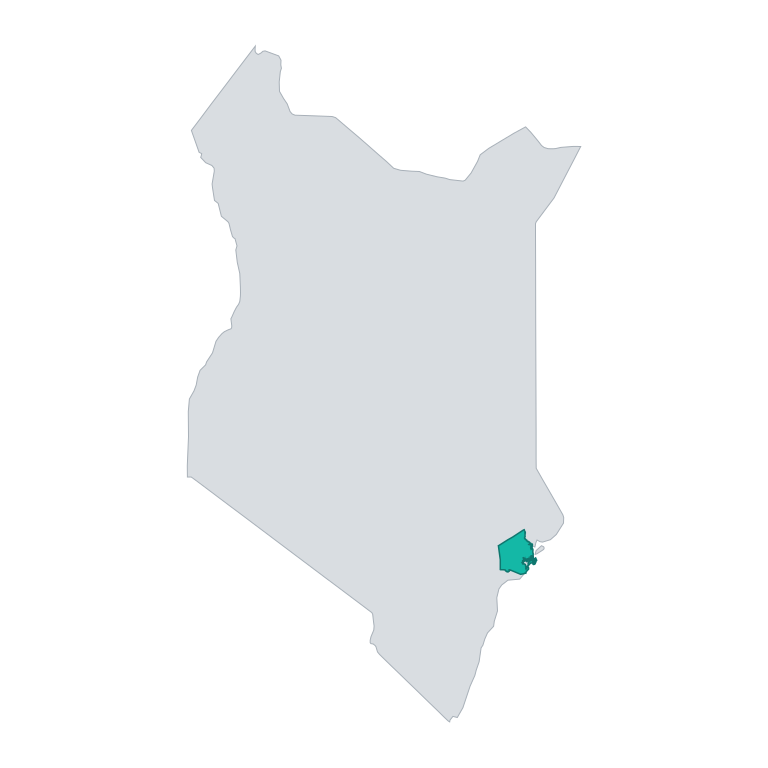 Lamu West, Coast, Kenya (highlighted)
{"feature_id": "3690345B28138832354018", "entity_name": "Lamu West", "entity_type": "district", "adm_level": 2, "iso_a3": "KEN", "parent_name": "Kenya", "parent_adm1": "Coast", "projection": "equal_earth", "projection_center": [40.664, -2.131], "detail": "fine", "context": "in_parent", "style": "filled", "palette": "teal", "viewbox_px": 768, "rotation_deg": 0, "n_neighbors": 0, "source": "geoboundaries", "source_scale": "gbopen_adm2", "svg_char_len": 8319}
<svg xmlns="http://www.w3.org/2000/svg" viewBox="0 0 768 768"><path d="M187.4,477.0L187.3,465.7L188.5,436.9L188.3,411.6L189.4,399.0L194.0,390.9L196.2,385.1L197.7,377.0L200.1,370.3L205.6,364.9L206.6,361.9L212.5,352.9L216.0,341.3L218.6,337.4L221.9,333.7L224.2,331.8L228.0,329.9L231.0,328.8L231.6,327.9L231.8,326.0L230.9,318.8L232.1,316.4L234.2,311.6L236.5,307.2L238.6,304.3L239.8,301.4L240.4,296.3L240.5,292.7L240.4,286.9L239.8,273.6L237.3,262.4L235.8,250.0L237.0,245.9L235.0,238.6L234.1,238.2L232.5,236.6L230.5,229.7L229.0,223.4L228.0,221.8L221.4,216.3L218.2,203.4L214.5,200.5L212.5,187.6L212.1,184.0L214.3,171.1L214.1,168.2L211.9,165.5L205.7,162.7L200.7,157.4L201.3,155.6L201.7,153.6L199.1,152.3L191.4,130.4L201.4,117.2L211.4,103.8L224.2,87.0L236.0,71.4L246.2,58.0L255.3,46.1L255.1,48.4L255.1,51.4L256.2,53.2L258.1,54.5L260.7,53.2L262.9,51.3L265.1,50.9L278.7,55.9L281.0,60.2L280.8,64.9L281.4,68.3L280.3,71.7L279.2,82.0L279.5,91.4L283.5,98.4L287.2,103.9L290.1,111.6L292.2,114.0L295.1,115.2L304.5,115.5L318.3,116.0L331.6,116.5L332.8,116.7L335.7,117.7L347.9,128.1L359.1,137.6L368.6,145.9L377.8,154.0L386.8,161.8L393.7,168.3L400.6,170.3L411.7,171.2L419.4,171.5L426.5,174.2L437.1,176.8L445.0,178.1L449.8,179.6L463.1,181.1L465.2,180.2L471.1,173.0L477.6,161.3L480.2,154.8L488.7,148.4L503.5,139.5L514.0,133.2L525.6,126.9L530.9,132.4L538.2,141.2L541.5,145.5L544.1,147.5L548.1,148.7L552.9,148.8L555.5,148.6L560.9,147.4L573.5,146.4L580.7,146.5L574.7,158.2L567.4,172.2L554.0,198.0L543.9,211.5L536.2,221.8L535.5,223.6L535.5,235.1L535.6,263.0L535.7,319.0L535.9,375.0L536.1,430.9L536.1,458.9L536.2,468.3L542.9,480.1L549.5,491.5L558.3,506.8L562.9,514.9L563.7,517.6L563.5,523.1L556.3,534.5L550.4,539.7L542.5,542.1L540.1,541.7L537.0,540.0L535.8,542.8L534.9,547.0L533.1,546.1L531.8,544.9L532.6,552.4L533.4,556.2L532.2,561.2L528.4,565.6L528.0,569.3L519.7,579.1L507.9,580.2L501.7,585.0L498.9,589.0L496.8,597.7L497.5,610.9L494.3,621.2L493.6,626.3L487.5,632.9L484.8,639.0L482.9,645.2L481.1,647.9L479.1,661.8L476.2,670.2L475.5,673.0L474.8,675.6L472.6,680.5L471.1,683.9L470.1,686.1L462.9,707.7L457.3,717.5L452.9,716.4L450.0,720.1L449.7,721.9L448.1,720.9L444.4,717.4L436.9,710.0L429.3,702.7L421.8,695.4L414.2,688.0L406.6,680.7L399.1,673.4L391.5,666.1L383.9,658.7L379.5,654.4L377.5,651.9L376.0,646.8L375.2,645.6L373.2,644.0L370.9,643.6L370.2,642.7L370.2,640.2L371.0,636.7L373.8,630.0L374.1,626.0L373.5,621.5L372.7,614.3L371.9,612.7L366.9,608.9L356.4,601.0L345.9,593.1L335.4,585.2L324.8,577.3L314.3,569.4L303.8,561.5L293.3,553.6L282.8,545.7L272.3,537.8L261.8,529.9L251.3,522.0L240.8,514.1L230.2,506.2L219.7,498.3L209.2,490.4L198.7,482.5L194.8,479.6L191.2,477.0L187.4,477.0ZM536.9,553.8L535.1,554.4L536.1,550.6L541.5,545.7L543.7,546.8L544.1,547.9L544.0,548.9L543.0,549.9L536.9,553.8Z" fill="#d9dde1" stroke="#a8b0b8" stroke-width="1"/><path d="M524.2,573.6L524.4,573.4L524.8,573.3L524.9,573.2L525.4,573.2L525.8,573.3L525.9,573.1L526.0,572.3L526.4,571.5L527.9,569.8L528.4,569.4L528.6,569.1L528.6,568.2L528.5,567.5L528.3,567.2L528.2,567.0L527.7,566.9L527.3,566.5L527.2,566.3L527.1,566.1L526.9,566.2L526.8,566.3L526.9,567.1L526.8,567.4L526.8,567.9L526.4,568.8L526.2,568.8L526.0,568.7L525.9,568.9L525.8,568.7L526.3,568.3L525.9,568.3L525.8,568.0L526.0,567.9L526.3,567.6L526.2,567.3L526.3,567.2L526.1,567.3L526.0,567.1L526.1,566.8L526.0,566.6L525.7,566.6L525.6,566.4L525.7,566.2L525.4,565.2L525.4,564.5L524.3,564.0L523.8,563.6L523.7,563.8L523.8,564.0L523.6,564.0L523.3,563.9L523.1,563.9L523.0,563.7L522.8,563.9L522.6,563.7L522.7,563.1L522.7,562.9L522.2,562.8L522.0,562.6L522.5,562.1L522.9,562.2L523.0,562.3L522.8,561.5L523.1,561.4L523.3,561.7L523.5,561.8L523.8,561.6L524.2,561.4L524.4,561.1L524.2,560.5L523.8,561.0L523.6,561.0L523.5,560.8L523.2,560.7L522.9,560.8L522.7,560.7L522.8,560.5L523.3,560.5L523.5,560.3L523.6,560.0L523.8,559.4L523.7,559.1L523.6,558.8L523.2,558.0L523.2,557.8L523.4,557.8L523.6,558.4L523.7,558.5L523.8,558.3L523.9,558.5L524.0,559.2L524.5,559.6L524.7,558.9L524.8,558.7L524.9,559.3L524.9,559.8L525.0,559.8L525.1,560.0L525.5,560.2L525.6,559.7L525.8,559.6L525.9,559.4L526.0,559.6L526.0,559.9L526.2,560.0L526.2,559.7L526.3,559.7L526.4,560.0L526.4,560.6L526.6,560.7L527.3,559.6L527.1,559.2L526.9,559.2L527.0,559.0L527.2,558.8L527.4,558.8L527.4,559.1L527.6,559.1L528.2,558.6L528.6,558.6L528.8,558.4L529.3,558.7L529.3,558.9L529.0,559.2L528.9,559.5L529.1,559.4L529.4,559.1L529.9,558.8L530.1,558.9L530.3,559.0L530.7,558.9L530.4,558.8L530.6,558.4L530.7,558.2L530.9,558.3L531.2,558.1L530.8,557.9L530.3,557.4L530.8,557.4L531.3,557.5L531.2,556.8L530.8,556.7L531.3,556.4L531.5,556.0L531.4,555.8L531.6,555.8L531.7,556.5L531.7,556.8L531.9,556.6L532.1,556.8L532.2,556.6L532.4,556.8L532.4,557.1L532.4,557.3L532.5,557.5L533.2,558.0L533.4,558.1L533.6,558.0L533.3,557.5L533.2,556.0L533.1,555.5L533.1,555.0L533.1,554.6L533.2,553.9L533.1,553.7L533.1,553.3L532.9,552.8L532.9,552.3L532.8,551.9L532.9,550.5L532.9,549.4L532.5,548.6L532.2,548.8L532.3,548.2L532.1,548.1L531.7,548.1L531.5,548.4L531.3,548.4L531.2,548.2L531.3,548.1L531.5,548.0L531.6,547.7L530.9,548.1L530.8,548.4L530.7,548.1L530.1,548.2L530.6,547.9L531.0,547.6L531.3,547.0L531.6,547.0L531.9,547.5L532.0,547.2L531.8,547.0L531.8,546.7L531.5,546.7L531.4,546.5L531.0,546.4L531.1,546.2L531.3,546.1L531.4,545.6L531.6,545.7L531.9,546.1L532.2,546.4L532.3,546.2L532.3,545.9L532.3,545.2L532.4,544.4L532.2,544.0L531.9,544.0L531.8,544.3L531.6,544.3L531.4,544.5L531.2,544.5L531.0,544.3L530.8,544.2L530.6,544.3L530.5,544.7L530.3,544.8L530.2,544.6L529.8,544.4L529.4,544.6L529.0,544.6L528.8,544.5L529.0,544.3L529.3,544.3L529.5,544.2L530.3,544.0L530.6,543.7L530.8,543.8L531.0,543.7L530.8,543.3L530.5,543.3L530.0,542.8L529.8,542.7L529.7,542.7L529.6,542.3L529.1,541.9L528.8,541.9L528.7,542.0L528.0,541.7L527.7,541.6L527.9,541.3L527.4,541.1L527.1,540.9L526.8,540.6L526.8,540.4L526.6,540.4L526.6,540.1L526.4,540.0L526.3,539.9L525.4,539.4L525.4,539.0L525.1,539.0L525.0,538.9L524.8,538.5L524.6,538.4L524.6,538.1L524.8,537.7L524.6,537.3L524.6,537.1L525.0,536.7L525.2,536.2L525.0,535.6L524.9,535.1L525.1,534.5L525.1,534.2L525.0,533.9L525.1,533.6L524.9,533.2L525.0,533.0L524.9,532.8L524.9,532.5L525.1,532.4L525.3,532.5L525.3,532.3L525.3,532.1L525.2,531.9L525.0,531.7L524.7,531.1L524.5,530.9L524.4,530.1L524.2,529.7L523.1,530.2L512.6,537.1L507.8,539.8L498.7,545.6L498.4,545.7L500.3,559.8L500.3,569.6L500.5,569.7L505.0,569.8L505.1,570.2L505.5,570.8L506.0,571.0L506.2,571.3L506.4,571.4L506.7,571.3L506.9,571.7L507.2,571.6L507.6,571.9L507.8,571.8L508.0,571.9L508.1,571.6L508.3,571.4L508.9,571.3L508.9,571.0L509.3,571.0L509.4,570.8L509.4,570.7L509.8,570.5L509.9,570.3L509.9,570.0L509.7,569.8L509.8,569.8L520.6,574.3L522.4,574.0L524.2,573.6ZM532.0,560.3L531.8,559.8L531.7,559.6L531.6,559.8L531.3,559.9L531.2,560.3L531.0,560.2L531.0,560.4L530.9,560.5L530.8,560.3L530.5,560.5L530.3,560.4L530.2,560.5L529.9,560.4L529.7,560.5L529.4,560.8L529.2,560.9L529.2,561.2L529.3,561.4L529.4,561.6L529.5,561.8L529.3,561.9L528.9,561.9L528.7,561.7L528.3,562.1L528.2,562.7L528.1,563.5L528.2,564.0L528.1,564.9L528.1,565.4L528.3,565.4L528.6,565.3L529.6,564.0L530.1,563.6L530.7,563.2L531.6,562.9L532.1,562.9L532.8,563.1L533.0,562.7L532.9,562.2L532.5,561.3L532.3,560.8L532.0,560.3ZM536.5,560.4L536.5,559.8L536.0,558.9L535.9,558.2L535.6,558.0L535.5,558.3L535.7,558.5L535.8,558.9L535.7,559.0L535.9,559.9L535.6,560.0L535.5,560.3L535.3,560.5L535.1,560.4L535.1,560.2L535.3,559.6L535.5,559.4L535.3,559.2L535.2,559.1L535.0,558.8L534.6,558.7L534.7,558.9L534.7,559.1L534.3,559.7L534.1,560.2L534.2,560.4L534.2,560.6L533.9,560.3L534.0,559.4L534.1,559.2L533.7,559.0L533.5,558.8L532.9,558.2L532.4,558.1L532.4,558.4L532.5,559.1L532.8,560.2L533.0,560.6L533.7,561.9L534.0,562.1L534.5,561.9L534.9,562.3L535.1,562.3L535.3,562.0L535.3,562.4L535.1,562.9L534.4,562.8L534.2,562.6L533.7,562.8L533.6,562.6L533.4,562.9L533.5,563.2L533.4,563.3L533.3,563.1L533.0,563.5L532.9,563.8L533.0,564.2L533.5,564.5L534.5,564.3L535.1,563.8L535.2,563.6L535.3,563.1L535.7,562.5L535.7,562.0L535.8,561.8L536.1,561.1L536.6,560.5L536.5,560.4ZM523.4,563.6L523.4,563.2L523.1,563.0L523.0,562.9L523.0,563.1L523.1,563.4L523.4,563.6ZM527.1,561.0L527.4,560.7L527.1,560.7L527.1,561.0ZM524.9,560.5L524.7,560.4L524.6,560.6L524.8,560.7L524.9,560.5ZM528.1,559.1L528.1,558.9L527.9,559.1L528.1,559.1ZM527.1,561.0L526.9,561.2L527.1,561.2L527.1,561.0Z" fill="#14b8a6" stroke="#0f766e" stroke-width="1.5"/></svg>